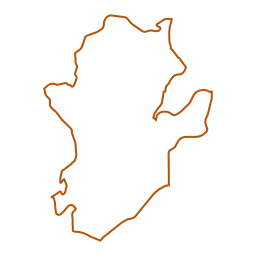 outline of Eastern
{"feature_id": "SLE-790", "entity_name": "Eastern", "entity_type": "Province", "adm_level": 1, "iso_a3": "SLE", "parent_name": "Sierra Leone", "parent_adm1": "", "projection": "albers", "projection_center": [-11.073, 8.208], "detail": "fine", "context": "isolated", "style": "outline", "palette": "amber", "viewbox_px": 256, "rotation_deg": 0, "n_neighbors": 0, "source": "natural_earth", "source_scale": "10m", "svg_char_len": 3621}
<svg xmlns="http://www.w3.org/2000/svg" viewBox="0 0 256 256"><path d="M171.7,19.0L171.8,19.4L169.8,27.1L169.2,31.7L169.4,41.2L169.6,42.5L170.8,46.2L170.8,46.7L170.7,48.1L170.8,48.6L171.2,49.1L172.1,49.7L172.5,50.1L177.8,57.1L179.7,58.5L180.5,59.8L186.0,67.2L185.0,70.0L183.2,72.6L180.8,74.3L177.8,74.5L175.2,75.1L172.7,77.1L170.7,79.9L168.6,83.7L166.7,85.6L165.8,87.2L165.5,88.9L165.5,90.5L165.1,91.5L163.7,91.7L161.9,103.0L160.0,106.1L157.6,108.9L154.7,113.3L153.3,117.6L155.9,119.9L156.9,115.5L159.4,112.8L163.1,111.6L167.4,111.8L169.3,112.6L173.0,115.0L174.3,115.3L176.7,114.4L181.2,111.4L188.9,103.8L190.4,101.8L193.5,95.4L194.8,93.6L196.3,92.2L197.9,91.2L199.9,90.4L203.8,89.9L204.7,89.9L208.2,91.0L209.2,91.6L210.3,91.9L211.8,91.7L211.7,98.5L207.8,114.5L205.5,119.5L205.3,122.4L206.2,126.1L207.3,128.7L206.9,131.1L203.7,134.2L201.2,135.7L198.7,136.5L196.0,136.9L185.6,136.9L183.0,137.3L180.0,138.8L178.1,141.2L175.1,146.8L173.7,148.1L170.4,150.0L169.3,150.9L168.8,152.2L168.6,153.7L168.9,185.3L166.0,185.7L165.0,186.0L158.9,189.4L154.0,193.6L136.7,214.7L135.4,216.4L133.9,217.5L132.2,218.3L127.3,219.4L122.0,222.4L102.8,237.7L100.5,240.6L100.4,240.6L90.9,236.8L87.6,234.9L83.2,233.0L79.8,232.1L78.2,231.9L76.5,231.8L75.0,231.6L73.5,231.3L73.0,230.9L72.8,230.3L72.9,227.4L72.6,224.3L72.6,221.5L72.7,220.7L72.2,214.9L72.4,213.5L72.6,212.5L75.6,209.3L75.8,208.9L73.9,206.3L73.4,205.9L72.9,205.5L72.3,205.2L71.6,205.0L70.9,205.0L70.2,205.1L68.9,205.7L67.9,206.4L63.8,211.3L61.0,213.9L60.4,214.3L59.9,214.6L59.2,214.8L58.5,214.8L57.8,214.6L57.2,214.3L56.6,214.1L56.0,212.5L55.5,209.7L54.9,202.6L54.2,199.6L53.6,197.9L52.2,197.4L51.8,197.1L51.8,196.8L55.4,194.7L59.6,191.7L60.0,191.5L60.5,191.5L60.9,191.9L61.2,192.4L61.7,193.7L62.1,194.2L62.7,194.4L63.3,194.2L63.9,193.9L64.4,193.4L65.1,192.4L65.5,191.1L66.0,188.1L66.3,187.4L66.5,186.8L66.7,186.0L66.5,185.1L64.4,179.5L64.1,179.2L63.7,179.5L63.3,179.8L61.4,182.4L61.0,182.7L60.6,182.8L60.4,182.1L60.3,181.1L60.3,177.9L61.7,171.9L61.9,171.2L62.3,170.7L70.6,164.6L71.1,164.2L72.6,162.4L73.7,161.8L74.1,161.3L74.6,160.9L74.9,160.3L75.4,159.1L76.2,156.3L76.3,154.9L76.3,153.4L75.8,149.9L75.7,145.0L75.2,142.3L72.1,133.5L71.9,132.8L71.8,132.1L71.8,131.5L71.8,131.0L71.9,130.4L71.5,129.5L70.6,128.3L61.8,119.5L56.3,112.3L54.1,110.1L53.5,109.8L50.8,107.2L50.4,106.4L50.1,105.3L49.9,103.3L50.1,101.1L50.0,100.2L49.5,99.2L47.6,97.0L46.5,96.0L45.5,94.2L44.2,88.7L47.0,86.1L49.1,84.6L49.8,84.3L50.7,84.0L52.2,83.7L53.2,83.7L54.0,83.8L56.0,84.5L56.7,84.7L57.4,84.7L58.2,84.7L64.7,83.1L65.4,83.0L66.0,83.2L66.6,83.5L67.5,84.4L68.1,84.7L68.7,84.8L69.4,84.9L70.0,85.1L70.5,85.5L70.9,85.9L71.4,86.3L72.0,86.6L72.7,86.4L73.4,86.0L74.1,84.9L74.9,83.4L76.6,78.3L76.6,77.9L76.6,77.3L76.5,76.7L76.2,76.1L75.5,75.1L75.2,74.5L75.1,73.8L75.4,72.4L76.7,68.4L77.0,67.0L77.0,66.2L76.9,65.5L76.5,64.9L75.9,63.8L75.6,63.1L75.5,62.5L75.6,59.2L75.0,53.6L75.3,53.1L75.6,52.6L76.3,52.1L79.2,50.1L80.3,49.2L81.1,48.2L81.5,47.7L82.8,44.6L85.2,37.2L85.6,36.7L86.0,36.2L87.1,35.6L96.6,32.2L97.8,31.6L101.6,29.1L102.5,28.2L103.2,27.1L103.5,26.5L103.7,25.9L103.8,25.2L104.0,22.7L104.3,21.2L104.8,19.9L106.2,17.8L106.6,17.3L107.2,16.8L107.9,16.3L109.2,15.8L110.1,15.5L111.1,15.4L124.2,17.1L125.4,17.4L126.3,17.8L128.1,19.5L130.5,22.5L131.4,23.4L132.7,24.5L132.8,24.5L141.3,30.5L143.0,31.5L143.8,31.7L144.7,31.8L146.2,31.6L150.1,30.5L150.9,30.4L151.7,30.5L154.6,31.0L156.2,31.2L157.9,31.0L158.7,30.7L159.5,30.1L160.3,28.8L160.3,28.0L159.9,27.4L157.6,26.2L157.0,25.8L156.7,25.4L156.5,25.0L156.6,24.7L156.7,24.4L164.4,19.4L166.7,18.9L171.6,19.0L171.7,19.0Z" fill="none" stroke="#b45309" stroke-width="2"/></svg>